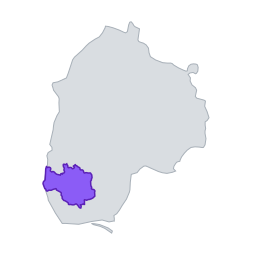 Telšiai highlighted on a map of Lithuania, rotated 275°
{"feature_id": "LTU-936", "entity_name": "Telšiai", "entity_type": "County", "adm_level": 1, "iso_a3": "LTU", "parent_name": "Lithuania", "parent_adm1": "", "projection": "mercator", "projection_center": [22.175, 56.01], "detail": "fine", "context": "in_parent", "style": "filled", "palette": "violet", "viewbox_px": 256, "rotation_deg": 275, "n_neighbors": 0, "source": "natural_earth", "source_scale": "10m", "svg_char_len": 4600}
<svg xmlns="http://www.w3.org/2000/svg" viewBox="0 0 256 256"><g transform="rotate(275 128 128)"><path d="M89.3,179.2L87.8,176.2L86.2,170.8L86.4,166.4L87.3,162.1L91.7,149.2L91.4,147.1L88.2,143.5L84.3,140.9L82.1,135.3L74.1,135.0L66.6,135.3L64.3,135.0L57.1,132.7L50.2,128.9L45.6,126.7L41.7,124.3L39.6,121.6L36.3,122.3L34.0,122.4L34.1,121.9L32.8,117.3L34.1,110.2L31.7,99.9L27.8,87.3L27.5,73.8L27.2,70.8L36.9,63.1L49.1,54.9L51.9,54.2L63.2,49.3L64.7,48.9L74.9,49.8L82.8,51.0L89.6,50.8L93.3,49.6L96.6,50.6L99.3,54.3L102.1,53.9L104.8,51.5L119.9,53.6L123.3,53.6L127.1,53.9L134.2,56.2L138.2,58.2L147.1,57.0L151.0,56.9L153.0,56.1L159.1,50.6L161.8,49.6L164.2,48.6L166.5,49.4L167.9,54.2L172.5,62.3L177.4,63.7L191.1,66.9L193.9,68.5L201.6,75.7L206.2,79.2L209.2,81.9L213.6,87.4L216.2,91.4L220.6,94.3L225.7,96.4L227.5,96.7L227.4,99.5L226.5,104.4L224.8,110.7L223.0,115.5L222.6,117.4L224.0,119.0L230.7,119.7L233.5,120.5L234.1,121.8L232.6,123.5L230.5,124.9L229.5,126.2L227.8,130.8L216.6,130.2L215.1,131.2L214.4,133.4L213.9,135.9L212.4,138.8L209.4,141.4L204.8,142.4L201.0,144.1L198.2,149.5L196.1,156.8L196.1,161.9L196.4,164.7L196.1,166.3L194.7,168.1L192.4,172.8L190.5,178.0L189.7,180.8L190.1,182.1L192.2,182.1L195.3,183.2L197.0,185.2L197.6,187.6L197.6,190.2L197.0,191.6L194.5,192.6L190.7,192.6L188.4,191.4L187.9,190.5L189.0,188.0L188.2,184.9L186.6,183.2L183.4,185.8L180.2,185.8L176.5,188.0L174.0,191.7L171.6,193.1L165.3,192.3L163.7,193.9L162.4,201.3L161.6,202.8L156.3,202.5L151.1,205.4L145.3,207.8L142.4,206.2L140.8,204.3L137.6,204.6L134.2,205.4L131.9,205.0L129.3,205.2L124.2,206.6L117.9,206.2L115.3,204.9L115.0,203.8L115.2,200.9L115.1,196.4L114.1,192.4L111.1,188.9L107.9,186.4L103.9,183.9L100.9,182.8L99.3,182.5L98.9,181.0L98.3,179.7L96.9,178.6L93.9,177.1L91.4,176.8L89.3,179.2ZM24.0,121.4L21.9,120.9L26.0,113.6L27.6,108.9L28.7,102.1L29.7,99.9L29.7,103.0L29.3,108.2L26.7,116.9L24.0,121.4Z" fill="#d9dde1" stroke="#a8b0b8" stroke-width="1"/><path d="M65.0,48.2L66.7,48.3L67.4,48.7L68.7,49.7L69.4,50.0L80.1,49.6L82.4,50.1L82.5,50.2L82.1,50.6L81.8,50.8L81.6,51.1L81.7,51.5L81.9,51.9L82.1,52.4L82.1,53.0L81.9,53.5L81.7,54.1L81.1,54.5L80.6,54.6L80.1,54.6L79.2,54.3L78.7,54.3L78.3,54.5L78.0,55.2L77.7,55.6L77.6,56.0L78.1,56.8L78.1,57.3L77.9,58.0L77.3,58.9L76.7,59.4L75.7,60.9L75.2,64.7L76.5,65.1L76.7,65.3L76.8,65.6L76.5,66.2L76.4,66.7L76.6,66.8L76.9,66.8L77.2,66.8L77.3,67.1L77.4,67.6L77.6,68.1L78.0,68.4L78.5,68.6L79.0,68.6L80.6,67.8L81.9,68.0L82.6,67.9L83.1,67.7L83.4,67.4L83.7,67.1L84.8,66.8L85.6,66.7L86.1,66.8L86.3,67.1L86.4,67.5L86.2,67.9L86.1,68.5L86.2,69.0L86.4,69.4L87.0,70.1L86.4,70.4L86.0,70.5L85.9,70.6L85.7,71.0L85.4,71.2L83.7,71.6L83.4,71.9L83.3,72.4L83.6,73.5L83.7,74.3L83.6,74.8L83.5,75.2L83.3,75.4L82.8,75.8L82.6,76.0L82.6,76.4L82.7,76.8L83.3,77.5L83.6,77.9L84.1,78.0L84.4,77.9L84.7,77.6L84.9,77.3L85.0,77.0L85.3,76.9L85.6,77.2L86.0,77.8L86.3,78.2L86.7,78.4L86.9,78.6L86.8,78.8L86.3,79.0L85.9,79.4L86.0,80.1L85.0,81.4L84.4,82.9L84.1,83.4L83.6,83.7L83.1,83.7L82.5,83.9L82.2,84.3L82.1,84.8L82.3,86.0L82.1,86.6L81.7,87.0L81.2,87.4L80.8,87.5L80.3,87.7L79.9,87.9L79.4,88.3L79.4,88.7L79.8,89.8L79.9,90.4L79.8,91.2L79.7,91.8L79.7,92.4L79.7,92.9L79.9,94.0L79.9,94.5L79.6,94.8L79.3,95.0L78.1,96.0L75.4,96.5L75.0,96.4L74.5,96.2L74.1,96.0L73.2,96.1L72.8,96.0L71.7,95.4L70.8,95.5L67.9,95.9L66.6,96.4L66.0,96.9L65.5,97.0L65.1,97.0L64.6,96.9L64.3,96.9L64.2,97.0L64.0,97.3L63.9,97.7L63.8,98.1L63.7,98.5L63.8,98.9L63.7,99.2L63.6,99.5L62.7,100.4L62.3,100.5L61.8,100.5L61.3,100.3L57.2,100.9L55.3,99.2L54.2,97.6L54.1,97.2L54.0,96.9L53.7,96.5L53.5,96.1L53.4,95.2L53.3,94.9L53.2,94.5L52.5,93.3L52.4,92.9L52.6,92.6L52.6,92.3L52.6,91.9L52.7,91.5L52.8,91.2L52.7,90.9L52.4,90.8L51.8,90.8L51.0,91.1L49.3,91.1L48.8,91.3L48.4,91.3L48.1,91.3L48.0,90.9L48.0,90.6L48.3,90.3L48.4,90.0L48.3,89.7L48.1,89.5L47.9,89.1L47.5,88.4L47.4,88.1L47.4,87.6L47.4,87.3L47.2,87.2L46.5,87.9L46.0,88.1L45.7,88.2L44.2,88.0L44.1,87.6L44.1,87.3L44.3,87.0L44.5,86.6L45.0,86.0L46.9,84.5L47.1,84.2L47.2,83.9L47.7,83.5L47.8,83.1L47.8,82.6L47.6,82.3L47.0,81.3L46.8,80.9L46.7,80.3L46.6,79.7L46.8,77.1L46.7,76.7L46.6,76.3L46.6,75.9L46.7,75.5L47.2,75.2L48.0,75.0L48.4,74.7L48.7,74.2L50.0,71.7L50.2,70.4L51.9,68.7L52.3,68.5L53.7,68.4L54.1,68.3L54.4,68.1L54.8,67.6L55.1,67.3L55.6,67.2L57.3,67.2L57.7,67.0L58.0,66.7L58.9,64.8L59.3,63.7L59.5,63.5L59.7,63.0L59.9,62.3L60.2,62.0L60.5,61.9L60.9,61.8L61.2,61.7L61.3,61.4L61.1,60.8L60.1,58.3L59.9,58.0L59.5,57.4L59.3,56.9L59.2,56.2L59.2,54.9L59.0,54.3L58.7,53.9L58.4,53.7L58.2,53.3L58.1,52.9L58.2,52.4L58.5,52.1L59.8,51.4L60.3,51.0L60.4,50.4L61.0,50.1L65.0,48.2Z" fill="#8b5cf6" stroke="#5b21b6" stroke-width="1.5"/></g></svg>